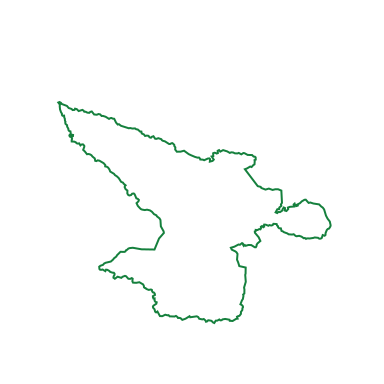 outline of São Sepé, Rio Grande do Sul, Brazil, rotated 247°
{"feature_id": "56859067B43674987148244", "entity_name": "São Sepé", "entity_type": "district", "adm_level": 2, "iso_a3": "BRA", "parent_name": "Brazil", "parent_adm1": "Rio Grande do Sul", "projection": "orthographic", "projection_center": [-53.605, -30.207], "detail": "fine", "context": "isolated", "style": "outline", "palette": "green", "viewbox_px": 384, "rotation_deg": 247, "n_neighbors": 0, "source": "geoboundaries", "source_scale": "gbopen_adm2", "svg_char_len": 6065}
<svg xmlns="http://www.w3.org/2000/svg" viewBox="0 0 384 384"><g transform="rotate(247 192 192)"><path d="M270.7,166.5L271.6,165.1L272.8,164.4L273.7,161.9L275.1,160.0L275.3,158.8L280.7,152.5L283.0,151.2L283.1,150.0L285.6,149.2L289.8,149.0L290.6,147.6L291.6,146.8L291.9,145.7L291.7,144.2L295.0,141.9L296.8,139.8L297.3,138.5L299.3,137.8L300.3,136.4L300.3,134.6L301.6,132.2L305.3,131.2L305.5,129.7L305.0,128.4L306.0,126.6L307.4,125.5L308.0,124.2L309.2,124.0L310.4,123.2L310.8,119.3L313.3,118.3L314.4,116.9L313.5,115.9L314.1,114.1L315.5,113.6L317.5,111.3L320.1,110.5L323.9,106.5L325.3,106.2L326.6,105.2L326.6,103.9L324.0,104.5L322.8,103.8L319.6,102.8L316.5,102.6L315.0,102.9L313.8,102.4L312.8,102.6L312.3,104.1L310.4,103.5L309.3,103.6L307.2,102.9L306.1,103.0L305.3,102.4L304.1,102.2L302.3,103.1L300.9,102.6L298.7,102.9L297.4,102.5L296.1,102.8L295.3,103.8L292.4,103.0L292.5,101.8L291.7,101.1L290.4,101.4L289.9,102.6L287.8,102.4L286.8,101.5L285.5,101.0L284.3,103.4L283.1,104.5L282.0,104.8L281.1,105.9L280.9,107.1L278.5,107.5L278.9,108.7L278.5,110.2L276.8,110.9L275.8,110.6L273.3,108.3L271.2,109.2L267.8,110.1L267.5,111.4L266.6,112.7L265.2,113.8L263.6,114.2L260.9,115.6L258.5,115.1L257.8,116.1L258.0,117.5L257.0,119.0L253.1,121.9L250.8,122.7L249.5,122.1L248.5,123.5L247.3,124.3L245.0,124.8L242.8,124.7L239.2,127.3L237.6,127.7L235.9,128.9L233.4,130.0L229.1,130.7L227.5,132.2L226.4,132.3L224.1,133.5L223.6,132.4L222.7,131.9L220.5,132.0L218.6,133.1L215.9,131.9L214.3,132.1L213.3,132.9L213.0,134.7L213.8,136.2L213.4,137.8L212.3,138.3L207.9,138.3L206.9,139.4L205.4,140.0L204.3,139.0L203.4,136.6L200.4,136.7L197.3,137.8L196.2,138.3L195.3,139.2L193.8,141.5L193.3,143.7L191.5,146.1L189.5,147.4L186.4,148.4L184.5,150.1L183.3,150.2L180.4,151.8L178.5,152.0L172.5,149.9L166.9,150.5L165.3,150.1L162.1,143.5L153.7,135.0L159.0,123.1L163.8,115.7L164.7,112.7L164.8,111.3L164.2,109.8L164.1,108.4L163.3,107.5L163.3,106.3L164.9,102.8L163.0,98.1L162.2,97.2L161.4,94.2L160.7,93.1L159.7,90.1L160.6,84.9L160.5,83.2L159.7,81.6L159.9,78.9L159.5,77.4L157.3,76.7L156.4,77.0L155.8,78.1L155.6,79.4L153.0,81.3L154.1,82.5L153.5,83.6L151.6,85.1L150.5,85.4L148.8,87.3L148.2,88.5L147.1,88.8L146.0,88.3L145.0,86.9L143.8,86.2L142.3,87.1L143.1,90.4L140.6,93.4L141.1,94.9L141.0,97.5L140.2,98.4L137.0,99.5L136.2,101.1L136.3,102.9L135.4,103.5L133.0,102.2L131.6,102.3L130.2,105.2L129.5,108.3L126.0,110.9L124.4,111.0L123.1,110.6L122.3,110.9L121.6,111.8L120.7,112.0L118.8,113.9L118.3,116.1L117.6,116.8L116.3,116.5L115.0,116.7L114.4,117.6L113.1,118.0L111.7,117.7L111.4,115.3L110.3,114.9L109.0,114.9L108.7,116.0L106.5,115.1L105.2,115.4L104.3,116.4L103.1,115.5L102.4,112.0L101.7,111.2L100.6,111.0L98.7,111.7L96.3,111.3L95.2,111.9L95.5,113.5L90.3,114.0L89.3,116.3L89.5,119.4L88.1,121.2L87.8,122.3L86.3,122.8L84.2,127.3L84.2,128.8L82.5,129.8L81.5,129.9L81.0,131.3L80.3,132.2L78.1,133.1L77.9,136.5L78.6,141.2L77.4,141.4L75.7,147.8L74.4,148.9L72.5,149.1L70.7,151.7L70.5,153.2L68.4,154.2L67.1,154.2L67.0,155.4L67.6,156.8L66.9,158.0L65.8,159.6L63.7,160.4L62.7,161.3L64.3,163.6L63.7,165.1L64.0,167.3L62.8,167.9L62.4,169.2L62.8,170.3L62.2,172.9L59.8,176.6L58.7,176.4L57.4,179.0L58.0,183.1L57.6,184.5L59.6,184.7L59.7,185.9L59.5,187.3L60.7,189.4L62.5,190.2L63.7,192.2L65.3,193.0L66.0,193.9L66.9,194.2L68.5,193.7L69.7,192.7L72.7,195.6L73.6,197.0L76.3,198.8L77.6,199.0L78.1,200.5L81.6,202.1L83.7,202.6L88.3,206.4L94.9,208.6L95.9,209.4L101.5,211.9L105.3,206.6L109.3,207.0L112.1,207.0L117.2,209.7L119.1,209.4L120.4,208.7L123.4,206.1L125.5,206.0L125.1,209.7L125.5,214.3L124.7,215.5L125.4,218.1L124.6,218.7L123.2,218.4L122.1,218.6L122.6,219.9L121.5,220.4L121.2,223.2L120.0,225.8L116.6,228.2L116.2,229.2L117.2,230.4L118.2,230.9L119.1,232.2L120.2,235.8L124.3,235.7L129.9,234.0L131.2,234.4L131.3,235.6L132.2,235.9L131.4,237.4L131.6,239.4L130.9,240.4L131.6,241.3L133.1,241.8L133.3,243.1L131.7,243.8L131.9,244.9L133.0,245.0L133.8,245.7L133.1,247.1L131.1,249.1L131.3,250.3L130.2,251.8L130.0,253.3L130.9,254.5L129.4,257.4L127.9,257.2L126.9,257.8L125.8,257.5L124.5,258.1L123.8,259.6L121.2,259.2L120.2,260.3L119.1,260.9L116.6,263.6L115.3,264.4L113.7,267.5L113.4,269.1L111.1,270.2L110.4,271.0L109.8,273.5L108.1,275.4L105.8,276.8L105.6,277.9L104.3,278.6L104.4,279.7L103.2,282.3L102.3,285.8L102.2,287.2L100.6,290.1L99.3,290.9L98.8,292.3L99.0,293.5L101.3,295.5L99.9,297.0L100.3,298.1L102.0,298.9L104.3,301.2L104.9,302.5L104.8,303.9L106.2,305.9L107.2,306.6L111.0,307.3L114.4,306.4L117.9,306.1L124.3,306.8L126.5,306.3L128.3,305.2L130.9,304.2L134.0,299.2L136.1,296.8L136.4,295.1L140.5,293.7L140.9,292.4L140.7,291.2L140.5,289.5L139.5,286.9L139.3,283.8L138.2,284.0L138.2,282.7L139.1,281.7L141.2,281.9L140.8,280.7L138.7,280.4L140.1,276.3L140.2,274.2L138.7,273.9L137.6,271.5L138.6,270.3L140.9,271.3L141.9,270.4L140.6,268.5L139.7,268.2L139.1,265.2L139.9,263.6L139.3,262.2L140.6,261.0L142.8,263.8L142.1,265.6L143.6,266.3L144.3,268.8L145.8,269.0L146.9,270.6L158.4,274.8L160.9,272.3L162.0,269.6L162.4,267.0L165.1,264.1L165.5,260.6L168.6,257.4L169.9,257.2L171.7,254.8L192.3,249.6L192.2,251.8L192.7,255.5L191.7,256.6L192.8,258.9L193.0,260.3L195.7,261.7L196.9,262.0L196.9,263.3L199.0,264.1L200.0,263.6L200.6,262.5L202.5,261.8L204.4,257.7L207.2,255.5L207.8,254.5L207.4,252.1L209.7,250.3L209.7,249.1L210.8,246.6L212.3,245.3L213.2,243.6L213.2,242.1L215.6,240.3L218.4,237.0L218.1,233.8L220.0,233.3L219.9,231.7L217.7,231.0L217.8,229.7L218.8,228.9L219.4,227.9L219.4,226.6L216.7,225.6L217.0,224.0L213.3,224.7L212.6,223.1L213.0,220.3L215.2,221.5L216.1,221.2L216.6,219.7L216.5,215.6L217.5,214.7L218.7,212.3L219.7,212.4L221.0,211.9L221.4,210.6L223.1,208.5L226.2,205.5L228.1,203.8L233.1,200.8L233.6,197.3L235.0,193.8L237.6,193.1L239.6,194.1L241.1,193.7L242.4,194.1L244.6,193.1L244.9,192.1L244.7,190.8L245.1,189.7L249.3,186.8L250.5,185.2L251.5,184.5L252.6,184.4L254.7,182.0L254.8,180.1L255.4,178.9L258.4,178.3L258.5,176.5L258.0,175.4L258.9,174.3L260.7,173.9L261.6,172.4L261.9,170.7L263.8,170.2L265.5,168.6L267.4,169.0L267.8,167.9L270.7,166.5ZM289.9,102.6L291.0,103.0L291.6,103.9L291.0,104.8L289.9,104.2L289.9,102.6Z" fill="none" stroke="#15803d" stroke-width="2"/></g></svg>